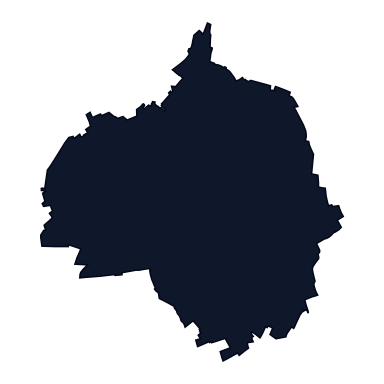 Yen My, Hưng Yên, Vietnam
{"feature_id": "81297802B77847273364040", "entity_name": "Yen My", "entity_type": "district", "adm_level": 2, "iso_a3": "VNM", "parent_name": "Vietnam", "parent_adm1": "Hưng Yên", "projection": "robinson", "projection_center": [106.034, 20.895], "detail": "fine", "context": "isolated", "style": "filled", "palette": "ink", "viewbox_px": 384, "rotation_deg": 0, "n_neighbors": 0, "source": "geoboundaries", "source_scale": "gbopen_adm2", "svg_char_len": 5942}
<svg xmlns="http://www.w3.org/2000/svg" viewBox="0 0 384 384"><path d="M341.3,227.3L337.3,220.1L343.3,216.5L342.8,215.4L342.1,214.4L341.3,212.8L339.7,208.9L339.0,206.7L338.6,205.7L332.5,206.5L331.7,204.8L328.5,205.7L327.6,202.7L326.9,199.7L326.2,196.4L325.9,194.2L325.6,191.1L325.3,188.2L324.5,188.1L322.5,187.9L319.3,187.2L318.5,187.2L318.5,186.2L318.5,182.7L317.9,175.2L311.6,173.9L312.6,163.2L313.5,154.4L310.5,147.8L309.4,145.0L308.7,141.5L306.9,141.2L305.5,141.0L305.6,140.0L305.8,139.0L306.1,137.6L306.2,136.3L306.2,134.2L306.0,132.9L305.8,131.3L305.4,129.9L304.8,128.6L304.3,127.2L303.9,126.1L303.1,124.4L302.1,122.4L300.7,119.7L298.5,115.5L295.7,110.1L294.0,107.3L297.9,106.5L297.6,105.9L296.5,103.9L294.0,99.5L292.5,97.5L291.4,96.7L289.1,95.9L289.7,93.8L290.2,92.3L288.7,91.6L286.5,90.7L283.9,89.6L280.7,88.4L278.1,87.4L275.5,86.5L274.5,88.8L275.1,90.9L273.6,90.3L270.4,90.3L270.3,89.1L270.4,87.3L270.5,85.8L269.8,85.6L256.0,81.8L250.7,80.4L248.5,81.6L246.6,80.6L245.0,79.4L244.3,79.7L243.2,79.1L243.0,78.1L242.3,77.5L242.1,77.7L240.1,79.2L238.6,80.0L236.7,80.7L235.9,81.0L234.9,78.7L234.3,77.8L233.4,76.4L230.4,72.4L229.3,71.1L227.9,70.1L226.0,69.0L226.2,67.7L224.9,66.8L223.9,67.6L220.8,65.9L218.5,65.0L216.3,64.6L215.3,64.6L214.4,63.3L212.0,62.4L210.8,62.0L209.9,61.5L209.9,60.3L210.3,57.7L210.6,55.3L210.8,53.5L211.0,52.6L211.4,51.6L211.7,50.6L212.1,49.5L212.2,48.0L211.2,47.5L210.2,47.3L210.1,46.1L210.3,41.3L210.4,39.2L210.6,36.6L210.7,34.7L210.2,34.2L209.9,33.7L209.8,32.8L209.8,31.7L209.8,30.5L210.0,29.2L210.7,24.5L207.4,23.0L203.2,34.1L199.2,30.5L193.9,35.3L193.5,37.5L192.6,41.6L193.0,41.8L192.9,42.8L192.4,42.9L191.8,45.6L191.2,47.4L190.9,48.1L190.2,48.5L189.6,48.7L189.0,48.7L188.8,49.0L188.0,51.2L188.5,52.0L189.4,54.1L188.1,56.1L187.0,57.5L185.6,59.2L184.9,59.9L181.1,63.2L176.9,66.4L174.1,68.5L172.4,69.8L172.7,70.1L174.1,71.1L175.5,72.4L179.3,75.5L180.2,75.4L182.1,77.6L182.8,78.7L180.8,80.5L177.0,85.0L175.7,86.6L171.5,86.2L172.3,89.2L172.6,91.4L171.5,92.5L170.3,91.2L168.6,92.9L169.6,94.7L169.1,95.4L168.3,96.3L166.9,97.8L165.2,99.8L164.2,101.0L163.2,102.1L161.5,103.8L162.0,104.6L161.3,105.3L162.8,107.1L164.3,108.6L165.3,109.9L164.2,111.0L162.6,109.3L161.0,107.5L160.1,108.3L157.7,106.1L157.2,106.6L154.7,103.5L155.0,102.0L152.5,101.6L152.4,102.4L152.1,103.3L151.6,103.4L151.4,104.5L150.8,106.1L150.1,105.9L149.3,105.6L148.6,105.1L146.0,107.4L144.4,108.8L143.9,108.4L143.5,108.0L143.0,107.5L144.5,105.9L144.5,105.1L144.1,104.4L143.4,103.9L143.0,103.9L140.6,106.6L140.3,106.9L139.0,107.8L137.4,108.9L136.6,109.5L136.8,116.1L127.2,120.0L125.6,118.7L124.3,117.7L123.0,116.5L117.7,118.4L115.3,116.7L114.6,116.8L112.4,115.2L111.0,114.0L108.9,112.4L103.4,114.9L101.6,115.6L100.4,114.0L95.8,116.0L93.0,117.3L92.6,117.3L91.9,116.4L90.1,112.3L86.3,114.7L89.3,121.8L90.5,126.1L85.7,129.5L87.8,132.7L83.4,135.2L83.3,136.8L81.0,136.8L79.7,134.2L74.0,138.5L73.1,136.4L68.8,137.5L64.8,142.9L57.5,154.7L50.4,166.0L47.4,170.0L44.7,188.8L43.8,188.4L42.5,188.1L41.3,188.4L41.4,190.5L42.4,190.5L43.6,190.7L45.4,191.6L42.6,193.2L44.9,201.3L42.2,203.6L43.6,206.4L45.0,206.2L50.4,205.4L51.6,208.8L52.3,210.2L52.3,211.2L49.4,213.3L52.4,217.7L49.1,220.9L45.9,223.6L44.1,225.2L45.6,230.0L44.8,230.3L43.5,230.5L42.8,231.9L40.7,235.2L40.8,237.8L41.9,246.2L55.5,246.6L67.2,246.6L68.3,246.6L68.2,244.8L69.2,245.0L80.7,248.8L79.8,251.5L77.0,257.7L74.9,264.2L84.5,264.7L87.6,264.6L82.9,269.6L80.7,272.4L80.0,274.6L79.8,277.9L86.0,277.3L99.4,276.3L114.2,274.6L115.0,275.4L122.0,274.8L122.0,272.7L136.4,270.1L138.0,270.3L139.8,270.1L142.3,269.6L145.3,269.1L147.7,268.8L149.7,268.5L149.9,271.6L150.5,274.8L151.7,279.3L155.3,288.0L154.5,289.0L155.0,289.8L155.9,290.8L156.4,291.4L157.5,292.2L158.3,292.5L159.3,298.5L163.6,300.6L168.7,303.3L172.5,305.5L174.2,306.1L174.2,306.6L174.2,307.5L174.5,308.1L175.0,308.8L175.7,309.7L176.4,310.6L176.7,311.3L176.9,312.0L177.1,312.8L177.4,313.5L177.8,314.1L178.5,314.8L179.3,315.8L179.9,317.1L180.4,318.3L180.7,319.4L180.9,320.3L181.3,321.0L181.9,321.7L182.7,322.2L183.6,323.3L184.2,324.5L185.1,327.2L193.1,320.8L196.9,325.2L199.6,328.4L200.0,329.0L199.3,329.5L200.2,331.1L199.7,331.7L200.9,332.9L198.2,335.2L200.5,338.7L195.8,340.1L197.6,346.6L202.6,344.5L209.2,341.6L209.6,342.6L211.4,341.8L211.7,342.7L215.6,341.5L225.1,338.4L230.4,347.8L227.3,348.9L220.2,351.6L221.6,356.6L223.0,361.0L227.4,358.7L237.6,353.0L239.2,355.4L243.9,351.6L245.3,350.5L248.5,348.2L247.7,345.3L247.4,343.8L247.8,342.6L250.1,342.3L253.2,341.8L252.2,339.6L251.7,337.7L252.7,336.9L253.3,336.4L251.7,334.4L251.2,333.3L251.7,331.9L255.3,334.1L260.0,337.9L261.8,334.8L263.3,331.8L264.8,328.3L265.5,326.8L267.1,327.6L268.0,326.0L270.8,327.1L272.6,328.0L272.0,329.7L270.7,332.7L270.0,334.5L276.0,338.8L276.7,338.6L283.7,337.3L286.0,336.8L286.1,335.8L286.4,335.0L286.9,333.8L288.3,331.6L290.2,328.9L291.4,327.1L292.5,327.6L293.7,328.4L294.2,327.6L295.0,325.8L296.1,323.3L299.9,315.2L300.3,314.5L303.0,311.0L303.7,309.9L304.0,310.9L304.5,310.3L305.7,310.2L307.1,310.3L307.3,311.2L307.8,312.6L308.3,312.5L308.2,311.7L307.9,310.3L307.4,309.0L306.2,305.4L305.7,303.6L305.1,301.0L304.7,299.8L307.7,298.6L308.8,298.1L311.2,297.2L311.9,296.9L312.8,296.6L313.7,296.4L314.7,296.1L315.8,295.8L316.8,295.4L317.7,295.1L317.4,294.5L316.7,293.2L315.9,291.6L315.3,289.9L314.8,288.4L314.3,286.6L314.0,285.5L313.9,284.7L313.9,284.1L314.1,283.3L314.6,282.1L315.0,281.2L315.0,280.7L314.8,280.2L314.5,279.2L314.1,277.7L313.6,275.3L312.9,272.7L312.6,270.9L312.4,269.0L312.6,267.9L313.1,266.3L313.8,265.3L315.3,263.0L316.9,260.8L318.0,259.5L318.6,258.7L318.7,257.9L318.7,256.8L318.4,255.5L318.1,254.5L318.2,253.9L318.5,253.4L319.4,252.6L319.7,251.6L319.7,250.3L318.8,248.3L316.5,243.5L324.7,238.8L325.4,238.7L326.2,238.5L327.3,238.0L328.5,237.4L329.5,236.7L330.4,236.0L331.3,235.1L332.1,234.4L333.4,232.9L334.0,232.2L334.5,231.4L334.6,231.5L334.9,232.2L335.7,231.8L337.2,230.8L338.7,229.9L341.3,227.3Z" fill="#0f172a" stroke="#020617" stroke-width="1.5"/></svg>